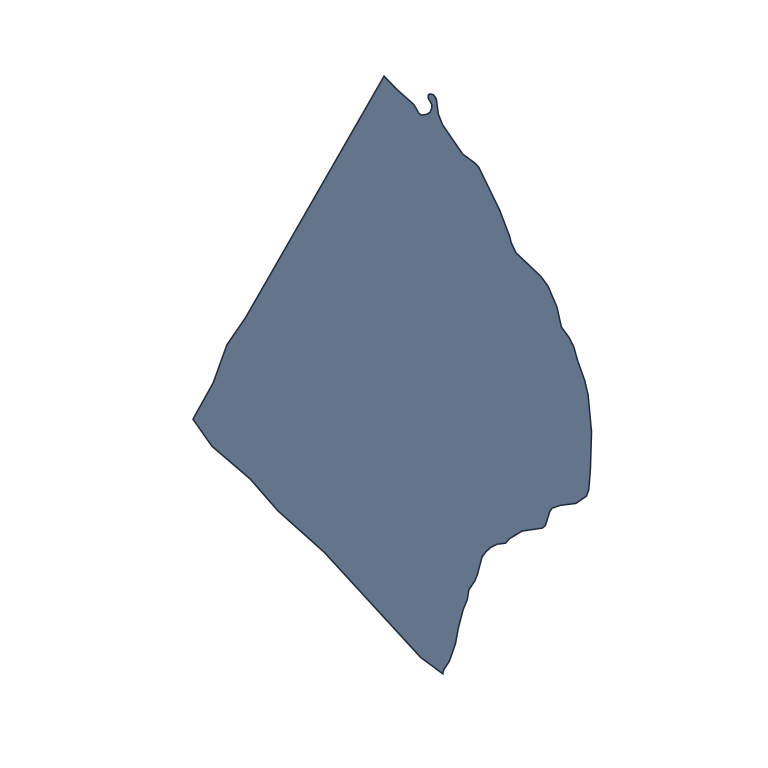 outline of Obock, Obock, Djibouti, rotated 343°
{"feature_id": "41766387B51204577272085", "entity_name": "Obock", "entity_type": "district", "adm_level": 2, "iso_a3": "DJI", "parent_name": "Djibouti", "parent_adm1": "Obock", "projection": "equal_earth", "projection_center": [43.238, 12.173], "detail": "fine", "context": "isolated", "style": "filled", "palette": "slate", "viewbox_px": 768, "rotation_deg": 343, "n_neighbors": 0, "source": "geoboundaries", "source_scale": "gbopen_adm2", "svg_char_len": 1094}
<svg xmlns="http://www.w3.org/2000/svg" viewBox="0 0 768 768"><g transform="rotate(343 384 384)"><path d="M191.0,361.8L201.3,393.4L228.2,435.6L245.5,474.4L277.6,527.4L339.1,656.2L355.5,678.4L355.7,677.7L357.9,674.5L365.2,668.5L376.5,653.2L383.6,639.4L393.9,622.7L400.6,614.6L405.0,605.6L411.3,600.5L413.1,599.1L417.6,593.6L427.1,578.2L432.3,574.3L438.2,571.5L445.3,570.3L453.8,571.8L458.5,568.7L472.9,565.0L483.5,566.6L493.2,568.1L496.9,566.6L505.3,554.4L508.5,551.9L517.1,551.6L532.5,554.3L544.9,550.4L548.9,545.0L553.3,534.0L556.4,526.2L568.5,490.4L576.0,454.2L577.0,439.3L576.0,418.3L576.4,404.3L574.7,393.9L570.3,381.4L571.9,360.7L569.4,338.1L565.4,326.8L559.2,315.8L548.5,297.0L548.3,295.2L547.0,286.2L547.3,279.1L545.5,252.0L538.0,204.3L535.4,199.1L531.5,193.9L526.5,187.2L515.8,153.2L514.9,142.0L517.4,126.4L515.9,121.9L512.9,120.0L510.9,120.5L509.8,123.5L511.4,130.7L510.4,133.9L507.8,137.3L504.3,138.6L498.3,137.8L497.5,136.7L496.5,135.3L494.3,125.5L482.7,106.5L474.1,89.6L270.8,280.2L245.3,300.5L220.9,333.0L191.0,361.8Z" fill="#64748b" stroke="#1e293b" stroke-width="1.5"/></g></svg>